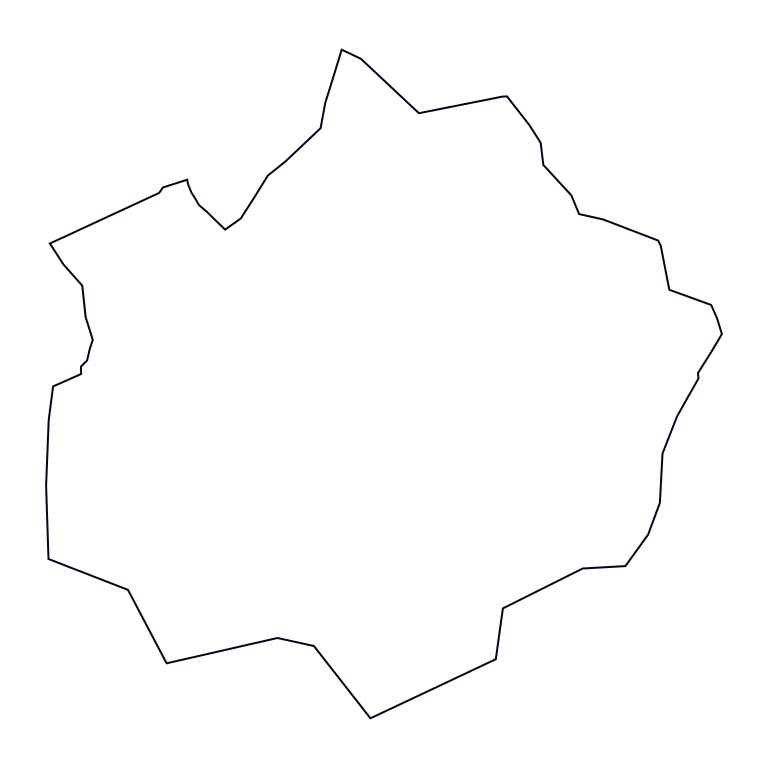 Boluwaduro, Osun, Nigeria
{"feature_id": "59680162B7029176012538", "entity_name": "Boluwaduro", "entity_type": "district", "adm_level": 2, "iso_a3": "NGA", "parent_name": "Nigeria", "parent_adm1": "Osun", "projection": "mercator", "projection_center": [4.814, 7.924], "detail": "fine", "context": "isolated", "style": "outline", "palette": "ink", "viewbox_px": 768, "rotation_deg": 0, "n_neighbors": 0, "source": "geoboundaries", "source_scale": "gbopen_adm2", "svg_char_len": 889}
<svg xmlns="http://www.w3.org/2000/svg" viewBox="0 0 768 768"><path d="M495.8,659.2L502.9,608.4L582.7,568.5L625.4,566.1L648.1,534.6L659.9,502.9L662.5,453.6L677.1,416.3L698.5,378.4L698.0,373.0L711.8,351.1L721.9,334.1L717.0,318.2L711.2,305.0L669.3,289.8L660.8,245.9L658.2,240.6L603.0,219.4L579.1,214.1L571.4,195.4L543.3,164.9L540.7,142.9L529.5,125.3L507.0,96.4L502.4,96.6L418.9,113.2L360.9,58.8L341.7,49.7L335.0,71.7L325.2,103.1L320.6,128.2L285.6,161.3L267.7,175.7L254.9,196.5L240.9,218.3L237.3,221.0L225.1,229.6L212.9,217.8L207.5,212.4L198.8,204.9L195.4,198.8L191.5,192.7L188.1,184.5L187.2,179.7L162.9,187.5L159.2,192.9L49.9,243.5L63.4,264.4L82.3,285.7L85.6,317.0L92.8,339.9L89.8,348.8L87.1,360.5L81.0,366.5L81.1,374.0L53.1,386.4L48.7,420.2L46.1,485.7L48.5,559.0L128.0,589.9L166.6,663.3L277.3,638.0L313.9,646.0L370.4,718.3L495.8,659.2Z" fill="none" stroke="#020617" stroke-width="2"/></svg>